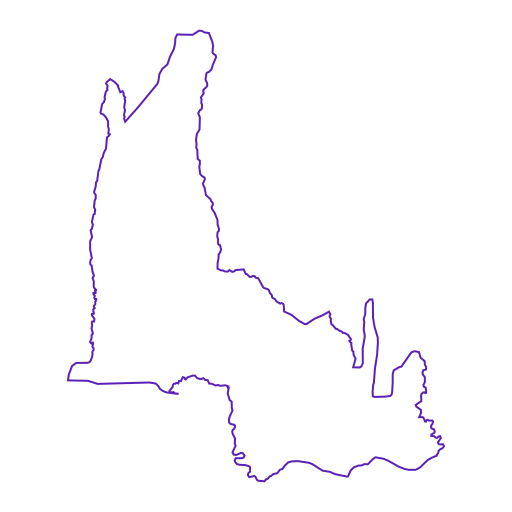 outline of Popokabaka, Bandundu, Democratic Republic of the Congo
{"feature_id": "63176286B47421332346835", "entity_name": "Popokabaka", "entity_type": "district", "adm_level": 2, "iso_a3": "COD", "parent_name": "Democratic Republic of the Congo", "parent_adm1": "Bandundu", "projection": "albers", "projection_center": [16.639, -5.513], "detail": "fine", "context": "isolated", "style": "outline", "palette": "violet", "viewbox_px": 512, "rotation_deg": 0, "n_neighbors": 0, "source": "geoboundaries", "source_scale": "gbopen_adm2", "svg_char_len": 5990}
<svg xmlns="http://www.w3.org/2000/svg" viewBox="0 0 512 512"><path d="M426.1,392.8L425.8,387.8L423.8,386.6L423.4,385.0L424.9,382.1L424.8,377.0L422.9,374.7L422.5,372.6L423.3,370.2L426.0,369.5L426.1,366.9L424.8,364.5L424.7,361.2L420.6,357.7L419.0,352.1L414.5,351.2L411.8,352.2L410.7,353.3L401.5,366.5L398.7,367.4L393.7,370.4L392.7,374.3L392.7,382.8L392.1,392.6L391.5,394.7L390.1,396.0L384.3,396.7L374.6,396.9L372.8,396.3L372.6,391.8L373.2,384.9L373.9,382.7L374.9,368.9L377.1,354.7L377.9,342.3L377.7,337.3L374.6,327.1L373.0,317.7L372.9,302.8L372.3,299.4L369.8,299.4L366.1,303.4L365.3,307.9L365.2,314.2L363.7,319.2L364.3,322.0L363.7,329.6L364.6,334.4L364.7,337.2L362.7,348.4L362.8,363.2L361.4,366.4L359.7,367.5L353.2,367.3L355.6,358.7L353.6,354.9L353.4,351.7L352.2,350.6L351.2,344.4L351.4,342.9L349.6,341.7L349.4,340.9L350.6,340.1L350.9,339.0L348.0,334.9L344.4,332.9L342.8,332.9L341.6,331.4L339.8,331.0L337.2,329.0L335.8,328.8L333.1,325.5L331.4,324.2L330.7,320.5L331.1,318.9L330.0,317.5L329.6,316.2L330.3,314.2L329.0,311.7L322.0,315.6L314.7,318.6L306.4,324.1L304.6,324.0L299.0,320.9L291.4,314.8L284.1,311.5L283.7,304.8L283.1,303.8L281.7,303.1L280.1,303.6L276.7,301.6L274.8,299.1L272.2,297.5L271.8,295.1L270.0,293.1L268.7,290.0L267.7,289.1L264.2,288.1L263.0,287.1L258.3,278.3L255.6,277.7L254.7,276.2L252.8,275.9L251.3,276.9L249.5,276.8L247.0,274.2L245.8,274.1L243.7,269.4L235.4,270.1L234.5,271.2L232.2,271.9L229.4,270.1L227.7,271.6L224.8,271.4L222.8,270.4L221.0,270.4L217.5,268.6L217.6,263.3L218.5,258.5L218.7,254.4L220.2,252.3L221.1,249.5L220.0,245.1L218.9,244.8L218.1,243.8L218.1,239.5L217.2,236.3L217.6,232.2L218.7,231.1L219.1,229.3L217.6,224.5L217.5,220.0L214.7,213.0L212.0,208.9L211.6,206.9L212.9,204.6L212.7,202.7L211.2,201.2L210.5,199.2L206.0,195.1L204.5,187.4L203.3,185.3L203.0,183.4L204.9,179.1L204.5,177.5L202.2,176.2L200.2,174.1L199.3,166.8L199.9,164.1L199.8,160.6L197.7,159.0L197.3,149.8L196.3,147.8L196.5,143.6L196.0,140.0L196.9,133.8L199.5,129.7L199.9,117.5L198.2,113.2L199.9,110.2L201.4,109.3L202.0,107.8L202.1,105.0L201.3,103.1L201.5,99.1L200.9,97.4L203.7,93.4L203.2,91.0L203.5,89.7L206.7,86.8L207.3,85.2L207.1,83.0L205.5,79.7L206.4,73.4L207.1,72.6L208.8,72.0L211.4,69.5L212.9,64.7L216.1,57.1L215.6,55.3L212.9,53.3L212.5,52.1L213.1,45.8L212.2,41.5L208.9,33.0L204.8,32.5L201.4,30.8L199.1,30.7L192.6,34.8L177.1,34.5L175.4,38.1L175.1,43.2L173.9,49.0L170.0,56.7L167.3,64.6L162.3,68.8L159.4,74.1L158.3,81.6L157.4,83.8L137.7,107.7L125.2,121.7L124.0,118.5L124.7,116.9L124.0,115.1L125.0,110.2L124.2,107.2L125.2,100.7L124.6,98.6L125.1,97.2L123.7,95.6L123.5,92.7L122.6,91.2L120.3,92.2L118.0,86.5L118.1,85.5L114.1,81.6L110.2,79.1L106.4,82.4L106.1,83.6L107.6,85.7L107.1,88.6L107.5,90.0L105.9,91.5L104.6,96.9L104.9,99.2L103.9,102.2L102.2,103.9L100.5,112.5L100.9,113.4L103.8,114.8L105.9,117.3L108.1,121.3L108.1,126.5L108.8,129.1L108.4,133.7L109.8,134.3L109.0,135.7L107.0,137.4L106.0,148.5L103.8,152.9L102.8,156.9L101.3,159.3L99.3,169.4L98.4,171.1L97.2,180.7L96.0,182.4L95.7,186.5L94.2,191.5L94.3,193.1L95.7,194.8L95.7,198.5L94.7,200.5L94.0,207.3L95.2,209.6L94.7,213.9L93.6,214.5L91.9,221.9L92.9,224.8L91.8,228.9L90.6,230.2L92.1,237.0L90.2,241.1L90.1,249.3L91.8,258.1L90.5,260.3L90.1,262.9L90.4,264.4L91.6,265.5L92.6,271.9L94.0,275.6L92.6,278.1L93.8,281.4L93.7,286.0L94.1,287.6L96.0,289.8L96.0,290.3L95.0,290.5L94.9,291.3L95.7,292.5L95.5,293.2L93.4,293.0L93.3,293.9L94.8,295.9L94.3,297.5L94.9,299.1L96.1,299.0L96.3,299.9L95.2,301.9L95.3,304.0L93.7,306.2L94.7,308.1L93.3,309.3L93.2,311.0L93.9,312.9L93.5,313.9L91.9,313.9L91.8,315.0L94.5,319.1L94.0,321.5L92.2,321.5L91.8,323.0L92.1,325.9L91.5,328.4L92.9,333.5L91.6,335.1L91.6,338.1L90.1,342.0L91.3,343.5L92.8,342.6L93.1,343.7L92.4,346.5L93.6,348.4L93.6,349.9L92.4,351.7L92.5,354.7L91.9,357.4L90.8,360.4L89.5,362.2L87.4,362.8L76.9,362.9L75.5,363.4L72.0,366.1L68.8,374.5L68.0,380.4L87.9,380.8L97.7,383.9L149.1,382.5L155.7,383.5L158.2,385.9L160.0,388.9L162.9,391.0L166.5,392.4L176.8,393.8L178.6,393.8L175.0,393.4L173.4,392.1L170.3,392.4L169.7,391.9L169.5,390.7L172.4,387.5L173.0,384.9L174.0,383.7L175.5,383.7L176.4,382.8L178.3,383.4L179.1,381.0L180.9,381.1L182.8,377.1L184.6,377.7L185.1,379.3L185.7,379.5L187.8,377.2L193.3,375.5L195.2,375.8L197.1,378.1L199.5,378.9L201.0,379.1L203.4,378.2L205.2,380.0L207.7,380.2L209.3,383.6L211.8,383.8L215.6,385.5L218.2,385.0L220.1,385.8L225.4,385.3L228.3,386.3L227.8,387.2L228.1,388.1L228.7,388.1L227.7,393.5L229.7,400.1L231.7,401.7L231.8,407.9L232.5,410.6L229.9,416.0L229.0,419.2L229.0,422.0L229.8,423.4L231.5,424.3L234.0,424.6L235.0,425.7L235.1,427.1L233.9,429.0L232.7,429.9L232.2,431.8L232.7,433.9L235.1,438.5L234.7,443.4L235.6,445.8L232.5,452.3L233.7,454.7L236.4,454.9L240.7,453.0L242.8,453.2L244.6,455.6L243.7,457.5L241.9,458.2L235.7,458.2L234.7,460.4L235.2,462.0L237.0,464.1L239.7,464.8L244.7,465.0L248.5,466.0L250.0,467.0L250.1,471.6L248.2,473.3L248.0,475.2L249.1,477.0L249.9,477.1L254.1,475.9L255.5,476.9L256.9,479.8L258.1,480.7L264.5,481.3L265.9,479.4L267.6,478.9L269.7,476.4L271.1,476.0L273.6,473.9L276.6,473.5L278.4,471.9L279.8,469.8L282.6,468.9L284.7,465.7L288.2,462.4L291.7,461.4L297.8,461.1L309.0,462.8L312.3,464.1L322.6,470.7L329.8,471.8L335.3,474.2L347.0,476.6L348.1,476.3L350.6,470.6L353.7,467.4L358.3,465.6L362.0,465.4L364.0,464.2L367.9,464.2L373.0,459.0L375.5,457.3L383.7,458.8L388.4,460.8L398.6,466.6L404.9,469.0L408.8,469.8L415.7,469.8L420.1,467.4L427.5,460.2L431.8,457.7L436.7,455.7L436.7,454.9L438.1,453.3L438.7,450.7L440.2,449.3L442.8,448.0L444.0,446.2L442.9,444.2L439.8,444.5L438.4,443.7L437.9,442.4L440.8,438.2L440.2,436.2L438.9,436.3L437.1,437.9L435.7,437.6L434.2,436.3L431.2,435.8L431.4,434.5L434.4,432.8L434.7,430.9L434.0,429.3L432.0,428.7L431.0,427.3L431.2,425.4L432.3,424.1L433.1,421.7L432.4,420.6L429.1,420.6L427.5,419.8L426.4,420.4L426.1,421.5L425.1,421.5L423.7,418.2L422.7,417.1L419.2,417.2L421.1,413.0L420.8,409.8L416.3,406.6L415.7,404.9L421.3,401.2L421.1,395.2L421.7,393.7L423.2,392.4L424.6,392.4L425.3,393.1L426.1,392.8Z" fill="none" stroke="#5b21b6" stroke-width="2"/></svg>